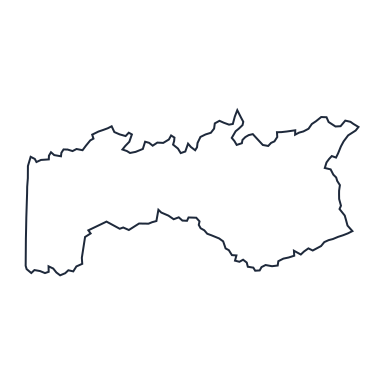 outline of Jesuítas, Paraná, Brazil, rotated 89°
{"feature_id": "56859067B94541808233523", "entity_name": "Jesuítas", "entity_type": "district", "adm_level": 2, "iso_a3": "BRA", "parent_name": "Brazil", "parent_adm1": "Paraná", "projection": "albers", "projection_center": [-53.417, -24.413], "detail": "fine", "context": "isolated", "style": "outline", "palette": "slate", "viewbox_px": 384, "rotation_deg": 89, "n_neighbors": 0, "source": "geoboundaries", "source_scale": "gbopen_adm2", "svg_char_len": 2677}
<svg xmlns="http://www.w3.org/2000/svg" viewBox="0 0 384 384"><g transform="rotate(89 192 192)"><path d="M154.0,352.7L163.2,355.6L175.4,355.9L183.9,356.7L190.3,356.9L214.5,358.1L225.5,358.5L235.8,358.9L262.9,359.6L266.2,358.7L270.2,354.1L267.3,350.9L268.4,345.3L270.5,340.4L269.3,336.7L263.8,336.7L266.1,332.1L270.1,329.0L273.0,325.3L271.0,320.2L268.1,317.0L269.3,312.1L264.4,308.9L261.9,303.0L255.9,303.3L235.1,299.7L231.7,294.1L228.5,296.3L222.2,282.5L220.1,278.0L227.5,264.9L226.3,261.4L228.9,255.8L222.6,245.5L222.9,236.0L221.5,232.4L220.4,228.1L209.2,225.9L212.0,223.1L215.2,216.0L218.9,210.8L217.1,205.7L220.4,202.1L220.7,197.5L217.4,195.9L217.8,188.2L221.5,185.0L225.0,185.8L228.4,184.0L230.5,180.4L234.0,177.5L235.6,173.4L238.9,165.7L241.9,161.7L249.0,159.4L250.8,156.2L255.8,153.2L256.2,148.7L261.4,150.2L262.6,145.8L260.6,142.1L263.5,138.5L267.7,137.5L268.7,132.0L271.8,130.2L271.6,125.7L268.3,123.8L266.3,119.7L267.6,113.3L267.0,107.6L262.7,106.9L260.2,101.8L259.2,96.6L257.5,90.9L252.5,91.1L256.4,84.3L253.4,81.0L250.4,76.6L252.6,72.3L250.5,68.2L248.3,63.9L244.4,60.6L242.5,56.2L241.5,52.0L239.4,46.7L237.9,41.8L236.1,36.9L233.9,32.3L228.3,37.1L222.3,38.6L218.2,39.7L211.6,44.8L208.3,43.3L201.6,45.0L196.7,45.0L193.2,44.9L187.7,44.0L183.5,46.6L180.0,47.6L177.1,50.4L171.8,53.0L170.3,58.8L164.8,57.0L161.4,54.4L158.5,51.6L160.1,47.4L156.0,45.3L149.0,42.3L144.0,39.5L138.1,34.9L133.4,27.3L129.9,24.4L126.7,29.5L124.6,32.3L123.3,37.5L128.8,42.3L129.0,47.4L124.4,54.2L119.6,56.2L119.3,61.5L123.4,66.8L126.1,71.0L130.8,74.4L133.4,79.6L134.5,83.9L136.5,87.9L132.1,87.7L133.2,96.4L133.7,101.8L133.7,106.0L138.5,105.8L142.8,108.7L144.3,112.1L147.3,115.0L146.2,120.4L141.6,124.5L135.2,130.2L136.1,134.3L138.0,137.7L140.8,140.6L144.1,141.3L145.7,146.5L141.8,148.7L138.6,151.3L132.0,147.3L129.5,144.1L126.0,140.3L122.7,139.5L118.4,141.7L111.0,145.3L117.4,147.9L124.7,150.0L125.3,153.8L123.3,159.0L121.3,163.3L123.8,168.0L129.0,168.8L133.1,172.1L134.7,177.5L137.1,182.6L143.1,185.6L147.4,186.2L150.3,188.1L147.0,192.3L143.6,195.1L151.4,198.0L152.9,202.6L148.3,205.3L144.3,210.1L140.8,209.0L137.3,208.6L135.1,211.9L139.1,214.2L142.4,219.9L142.0,225.8L145.0,230.5L142.1,234.0L140.9,238.0L148.1,240.4L150.9,247.7L151.9,253.3L149.9,256.4L148.3,260.8L144.9,258.0L140.7,253.8L133.4,251.1L131.6,254.2L134.9,257.4L133.1,263.4L130.7,268.6L124.9,271.2L126.8,275.1L128.4,279.7L129.9,284.4L132.9,290.8L136.9,289.6L138.6,292.8L143.9,297.3L148.3,300.7L147.0,306.7L149.0,310.7L147.4,315.6L147.2,319.7L150.5,321.9L154.0,322.4L152.7,329.1L149.8,332.3L153.2,334.4L156.9,334.6L157.1,338.4L157.3,342.4L159.3,347.0L156.2,348.6L154.0,352.7Z" fill="none" stroke="#1e293b" stroke-width="2"/></g></svg>